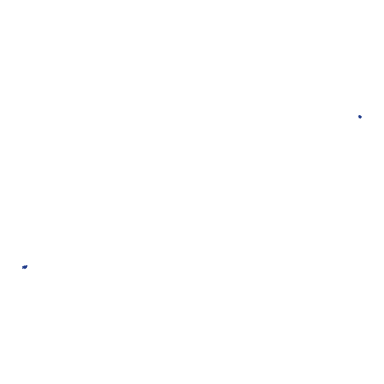 Unincorp. Other Territories, Jervis Bay Territory, Australia
{"feature_id": "25037944B57060386363407", "entity_name": "Unincorp. Other Territories", "entity_type": "district", "adm_level": 2, "iso_a3": "AUS", "parent_name": "Australia", "parent_adm1": "Jervis Bay Territory", "projection": "albers", "projection_center": [162.065, -32.098], "detail": "fine", "context": "isolated", "style": "filled", "palette": "blue", "viewbox_px": 384, "rotation_deg": 0, "n_neighbors": 0, "source": "geoboundaries", "source_scale": "gbopen_adm2", "svg_char_len": 1252}
<svg xmlns="http://www.w3.org/2000/svg" viewBox="0 0 384 384"><path d="M23.1,267.9L23.3,267.8L23.4,267.6L23.6,267.5L23.8,267.4L24.1,267.3L24.4,267.3L24.5,267.3L24.8,267.3L25.0,267.4L24.9,267.5L25.0,267.6L25.0,267.8L25.0,268.0L25.2,267.9L25.3,267.9L25.3,267.7L25.5,267.6L25.6,267.4L25.7,267.5L25.8,267.5L25.9,267.4L26.0,267.4L26.2,267.2L26.2,266.9L26.2,266.7L26.3,266.5L26.2,266.5L26.3,266.4L26.2,266.4L26.2,266.2L26.0,266.3L25.9,266.4L25.9,266.5L25.7,266.5L25.4,266.5L25.3,266.4L25.2,266.3L24.3,266.3L24.2,266.4L24.2,266.5L24.0,266.8L23.9,266.8L23.8,267.0L23.7,267.1L23.4,267.0L23.5,267.0L23.4,267.0L23.2,267.0L23.3,267.2L23.3,267.3L23.2,267.4L23.2,267.5L23.3,267.5L23.2,267.6L23.1,267.8L23.1,267.9ZM359.6,117.3L359.6,117.5L359.8,117.5L359.8,117.4L360.0,117.4L360.2,117.5L360.2,117.4L360.2,117.5L360.3,117.5L360.3,117.4L360.5,117.4L360.6,117.2L360.8,117.2L360.9,116.9L361.0,116.8L360.9,116.7L361.0,116.7L360.9,116.7L360.7,116.6L360.4,116.6L360.3,116.4L360.2,116.3L360.3,116.3L360.2,116.3L360.2,116.2L359.9,116.1L359.7,116.1L359.8,116.0L359.7,116.1L359.6,115.9L359.4,115.9L359.4,116.0L359.4,116.3L359.5,116.2L359.4,116.3L359.4,116.5L359.4,116.8L359.4,117.0L359.5,117.2L359.5,117.3L359.6,117.3Z" fill="#3b82f6" stroke="#1e3a8a" stroke-width="1.5"/></svg>